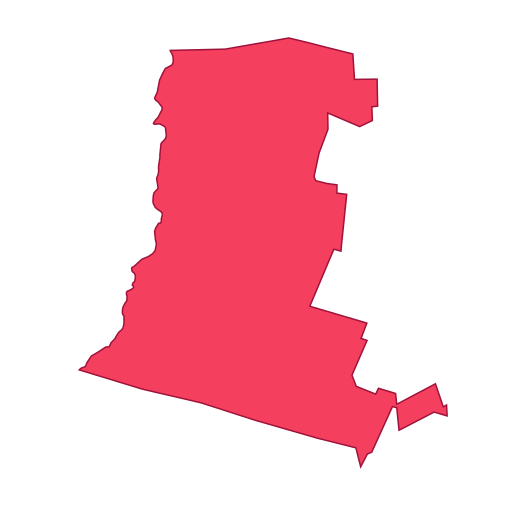 Windsor, Vermont, United States of America, rotated 177°
{"feature_id": "52423323B43011596920250", "entity_name": "Windsor", "entity_type": "district", "adm_level": 2, "iso_a3": "USA", "parent_name": "United States of America", "parent_adm1": "Vermont", "projection": "robinson", "projection_center": [-72.472, 43.592], "detail": "fine", "context": "isolated", "style": "filled", "palette": "rose", "viewbox_px": 512, "rotation_deg": 177, "n_neighbors": 0, "source": "geoboundaries", "source_scale": "gbopen_adm2", "svg_char_len": 2289}
<svg xmlns="http://www.w3.org/2000/svg" viewBox="0 0 512 512"><g transform="rotate(177 256 256)"><path d="M438.5,151.5L376.2,128.9L318.4,112.2L264.6,91.7L203.8,70.7L166.3,59.2L162.5,40.0L155.1,52.5L150.7,54.0L127.6,98.5L123.4,97.1L122.3,74.5L86.3,90.8L73.5,86.3L73.5,97.2L76.9,95.6L83.5,119.0L123.2,100.6L123.8,111.4L140.6,117.5L143.7,111.8L162.7,120.6L166.4,132.0L149.5,165.9L155.4,168.2L148.8,183.2L204.9,203.0L177.9,258.7L170.9,256.4L169.9,263.5L162.2,312.8L172.0,314.6L171.4,322.8L181.8,324.8L192.4,328.1L193.9,332.2L187.6,355.6L177.5,378.8L176.9,395.1L145.7,379.8L132.7,385.2L132.5,398.9L126.7,399.3L125.8,426.3L148.4,427.2L148.7,452.7L178.7,461.9L190.7,465.7L211.8,472.0L276.0,464.2L330.9,465.8L330.9,465.6L330.7,464.7L329.5,462.8L328.4,459.3L328.5,454.3L329.6,451.6L330.2,451.0L336.6,448.1L339.5,443.5L343.1,436.7L346.0,424.8L349.0,419.1L348.8,418.2L347.9,416.8L345.6,414.8L342.7,410.6L342.0,409.0L341.9,408.2L342.5,406.6L343.6,404.7L346.3,400.0L347.1,398.9L349.0,397.3L351.1,394.6L351.5,393.5L350.5,392.9L346.6,393.0L344.9,392.8L340.5,390.1L339.9,389.2L339.7,388.2L339.3,382.0L339.5,379.9L340.6,377.5L344.3,374.1L345.0,373.0L346.0,366.4L346.7,361.9L346.8,359.4L348.5,351.4L348.7,350.2L348.8,345.8L349.6,342.2L350.9,339.5L351.2,338.4L350.3,330.3L350.3,328.9L350.8,328.1L354.1,324.9L354.8,323.9L355.4,321.5L356.0,316.6L356.0,314.8L355.8,313.7L354.0,309.7L351.7,307.6L348.5,305.2L347.5,303.5L347.4,302.0L348.7,297.8L348.7,295.9L349.5,293.9L351.2,293.9L351.9,293.3L354.6,289.3L356.0,286.0L355.6,277.8L354.9,273.4L355.0,272.4L356.5,266.6L359.4,263.5L363.8,261.0L370.4,258.6L378.6,251.8L379.9,251.3L380.5,251.0L380.9,249.9L380.6,247.7L380.6,247.4L380.0,246.5L378.5,245.4L377.5,242.9L377.7,240.2L378.6,236.8L380.2,235.7L381.1,233.6L381.0,233.2L380.0,232.2L379.9,231.2L380.2,230.6L381.0,229.9L383.3,228.7L386.7,227.4L387.3,226.4L387.4,224.2L386.8,222.6L387.3,218.6L387.8,217.3L388.8,216.5L391.2,212.5L391.8,210.8L392.3,208.2L392.4,205.8L391.8,204.0L391.0,202.9L391.3,197.4L391.4,195.5L392.5,191.4L394.0,189.2L396.3,187.7L397.5,186.4L400.0,182.9L401.0,181.1L403.4,178.6L405.1,177.2L407.4,173.0L410.7,173.0L419.7,167.8L425.6,164.8L429.8,159.2L430.6,158.0L431.5,155.8L432.4,154.6L433.2,154.1L435.9,153.4L437.4,152.5L438.5,151.5Z" fill="#f43f5e" stroke="#9f1239" stroke-width="1.5"/></g></svg>